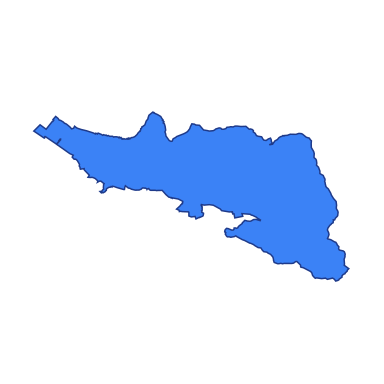 outline of Cracaoani, Neamt, Romania, rotated 185°
{"feature_id": "2599482B97908448489139", "entity_name": "Cracaoani", "entity_type": "district", "adm_level": 2, "iso_a3": "ROU", "parent_name": "Romania", "parent_adm1": "Neamt", "projection": "robinson", "projection_center": [26.231, 47.104], "detail": "fine", "context": "isolated", "style": "filled", "palette": "blue", "viewbox_px": 384, "rotation_deg": 185, "n_neighbors": 0, "source": "geoboundaries", "source_scale": "gbopen_adm2", "svg_char_len": 6046}
<svg xmlns="http://www.w3.org/2000/svg" viewBox="0 0 384 384"><g transform="rotate(185 192 192)"><path d="M88.2,259.7L90.6,259.7L93.4,258.5L99.2,258.1L101.9,256.8L104.9,256.3L105.3,255.8L106.3,256.2L107.3,255.3L108.7,254.8L110.1,253.7L111.5,251.7L113.9,250.1L115.9,246.6L118.5,245.9L118.6,246.1L116.9,247.0L116.5,248.0L117.5,249.6L117.5,250.7L118.5,252.5L120.6,251.5L122.6,249.8L124.9,249.9L126.3,251.3L127.1,252.7L127.7,253.1L131.1,253.3L132.7,253.8L134.2,256.0L136.2,257.2L136.2,258.6L137.4,259.5L139.2,259.9L140.4,259.5L144.0,262.1L149.0,261.5L152.4,261.6L154.9,261.4L156.7,260.4L159.1,260.4L160.6,259.9L162.9,259.5L163.7,258.2L165.8,257.3L167.8,257.1L168.9,258.1L170.6,258.2L173.9,256.8L174.9,255.7L176.3,254.9L180.2,254.2L181.9,254.5L185.9,254.8L190.3,259.1L194.1,259.1L195.5,259.8L198.1,259.9L199.3,256.9L199.8,254.8L201.7,251.8L203.5,250.4L205.3,249.3L212.1,245.9L213.2,244.8L215.4,243.4L216.2,240.9L217.4,240.6L219.2,241.3L222.8,245.5L223.4,247.9L224.2,249.5L223.6,251.3L224.5,255.1L225.5,257.6L226.7,258.3L226.0,259.4L226.5,260.0L227.6,260.6L227.1,261.2L228.4,262.6L229.7,264.5L233.0,266.1L236.8,267.4L237.2,267.6L237.0,267.9L238.0,268.2L241.6,264.7L242.3,261.7L242.2,261.1L243.8,258.7L244.8,254.8L246.6,253.1L247.5,252.7L247.5,252.2L248.0,251.0L248.6,250.6L248.5,249.4L249.0,248.7L248.9,248.0L249.1,247.8L249.5,247.8L250.9,246.1L251.7,244.5L253.8,242.2L255.8,241.1L256.6,241.1L257.9,240.3L258.4,240.3L258.3,239.7L259.9,239.1L260.2,239.2L259.9,240.0L260.0,240.2L260.4,240.1L260.9,239.1L261.6,239.4L261.7,239.1L263.3,238.8L263.8,239.1L264.9,238.8L265.3,239.1L265.6,238.6L266.3,238.7L266.2,238.9L266.5,239.1L267.4,240.1L268.0,239.7L269.0,240.4L269.5,240.3L269.6,239.7L270.0,240.1L271.6,240.4L273.7,240.3L274.8,239.9L276.0,240.6L278.9,240.3L280.4,241.0L281.4,240.5L282.4,241.2L282.9,240.9L283.7,241.2L284.5,241.1L285.0,241.4L285.9,240.7L287.1,241.4L290.7,242.5L291.3,241.5L292.9,242.2L293.3,241.4L295.4,242.2L302.4,243.8L307.8,244.6L311.2,245.4L312.6,245.9L314.7,247.3L315.5,245.2L317.4,244.4L319.2,246.1L322.5,248.4L323.8,249.1L324.9,249.3L326.3,250.5L329.2,251.9L330.5,252.0L331.8,253.6L334.4,255.4L336.8,252.1L336.0,251.5L336.8,250.2L337.2,250.3L342.8,241.8L349.2,245.7L354.9,238.9L343.9,232.8L343.5,233.1L343.5,234.3L343.3,234.5L342.9,234.4L331.2,227.9L328.6,231.5L329.0,231.7L327.9,233.3L327.5,233.2L327.8,232.5L327.6,232.3L331.0,227.7L317.1,219.6L313.5,218.3L314.4,216.3L312.3,214.4L310.6,214.5L309.1,213.4L306.5,209.8L306.6,208.0L305.8,207.0L305.4,205.8L305.5,205.3L305.2,205.0L301.5,205.9L301.5,205.0L300.7,204.1L295.8,199.8L296.9,197.6L294.5,197.6L292.8,197.9L291.6,197.7L289.6,197.0L287.0,195.0L286.8,194.2L287.0,193.5L285.2,194.7L284.3,194.9L283.0,194.6L282.3,193.8L280.3,192.7L280.9,191.2L280.7,191.4L280.7,188.8L280.3,187.0L281.2,186.3L282.0,184.9L283.7,184.5L282.2,183.2L281.2,183.8L280.6,183.4L278.5,184.8L278.0,185.8L277.5,186.1L277.5,187.5L276.9,188.2L275.0,189.5L273.7,189.7L273.1,190.5L272.1,189.9L271.6,190.8L269.8,190.6L267.3,189.9L260.2,188.5L259.5,188.6L259.4,190.6L258.9,192.4L255.8,190.4L254.1,190.2L252.6,189.5L248.7,188.9L244.6,189.4L243.8,190.0L243.0,190.2L242.0,191.4L241.4,191.8L239.6,191.7L239.1,191.9L237.4,191.3L237.2,190.9L237.1,191.3L236.2,191.2L235.4,191.7L235.0,191.1L234.1,190.3L233.4,190.1L228.8,190.5L227.1,190.3L226.9,190.5L221.8,191.0L217.7,187.1L214.7,184.9L212.7,184.6L212.3,184.2L211.8,184.6L211.1,184.0L210.9,184.4L205.0,183.8L200.4,181.9L200.4,180.5L200.9,179.9L200.6,179.5L202.0,178.3L202.7,177.1L205.9,173.6L203.2,172.7L202.9,171.4L201.6,171.8L200.3,171.6L193.7,171.9L193.3,171.1L193.0,167.8L190.5,167.1L186.8,167.9L185.7,165.5L182.5,167.4L182.3,167.2L179.2,168.9L178.9,169.3L178.6,171.2L178.7,171.9L180.5,172.6L180.4,173.5L180.8,174.2L180.3,174.6L180.4,176.2L180.6,176.4L180.5,176.7L180.6,177.1L180.5,177.4L180.6,177.6L180.5,178.0L181.1,178.3L181.0,179.0L181.8,179.7L181.7,180.2L182.2,180.4L178.7,180.0L173.7,180.9L169.6,180.7L162.3,177.5L160.9,176.0L153.2,175.4L150.1,175.8L149.8,175.4L150.1,174.8L149.6,174.3L149.5,173.7L148.3,173.9L147.1,169.9L139.3,172.2L140.3,174.8L132.1,174.9L131.0,174.2L129.6,174.0L125.7,172.5L124.8,171.8L121.4,170.1L121.6,169.4L125.9,170.3L128.3,169.9L130.4,168.4L131.6,167.9L134.3,167.9L136.9,168.4L137.7,167.5L137.7,167.2L139.1,165.9L139.2,165.0L142.1,162.4L142.9,161.4L143.2,160.4L144.4,159.7L145.7,160.0L146.9,159.8L147.0,158.3L147.7,157.7L149.0,157.5L152.8,158.7L154.4,158.8L155.6,157.4L156.0,155.8L155.6,155.4L155.8,155.0L155.6,154.8L154.8,154.4L155.2,153.0L153.7,151.0L152.9,150.4L151.1,150.6L149.4,150.3L145.8,151.3L144.7,152.1L144.3,152.0L143.6,151.5L137.7,148.9L135.4,148.3L130.1,146.1L129.0,146.0L126.2,145.0L124.8,144.1L121.3,142.4L118.5,142.3L116.9,140.2L115.3,138.8L112.1,138.6L110.9,137.7L108.2,136.7L106.8,135.2L106.3,135.0L105.5,133.7L104.9,131.7L104.9,131.2L104.0,129.0L100.4,128.0L99.3,128.1L97.3,128.7L95.6,128.4L93.9,128.9L86.4,129.5L84.6,130.0L82.7,131.7L81.5,131.9L77.5,128.7L77.3,127.2L77.0,126.6L74.6,126.3L66.8,123.1L65.5,121.7L64.7,119.6L63.7,118.4L61.7,116.8L60.4,117.3L55.3,117.0L51.5,117.8L49.5,116.8L44.4,118.5L42.6,117.5L41.1,115.8L39.0,116.6L38.0,117.3L37.8,118.0L35.1,120.3L35.3,121.5L34.2,123.0L32.4,124.0L32.4,124.6L30.5,126.7L30.5,127.6L29.1,129.3L34.0,132.3L33.8,133.5L34.6,138.3L33.9,140.9L34.2,141.7L34.0,142.3L34.0,143.5L35.0,145.7L36.3,146.5L40.1,147.0L41.0,148.2L40.9,150.3L42.6,151.8L43.2,153.0L44.4,154.5L45.6,154.7L49.6,156.6L52.7,157.1L53.0,157.4L52.3,159.4L51.8,161.6L52.4,163.5L53.8,165.9L53.5,167.8L51.8,170.8L50.7,171.8L50.2,172.7L48.7,173.7L48.8,175.1L48.5,176.1L48.7,176.6L47.5,176.6L46.8,178.5L45.2,180.4L44.8,181.1L44.7,184.5L45.1,185.7L46.7,187.9L46.9,189.6L46.8,191.3L47.6,195.1L50.5,197.9L52.9,201.1L53.7,202.9L56.5,207.0L58.2,208.2L59.3,209.4L59.4,210.4L59.8,211.1L60.3,213.2L60.8,214.1L60.5,215.6L61.0,217.2L61.4,217.4L62.7,219.9L66.2,221.5L66.4,224.0L68.2,227.8L70.3,229.5L70.2,231.6L70.9,234.6L71.6,235.6L73.3,236.8L73.5,237.3L73.6,241.0L74.3,242.9L77.0,246.7L77.5,250.8L77.5,253.4L78.7,254.4L79.8,255.9L82.9,256.5L87.0,259.3L88.2,259.7Z" fill="#3b82f6" stroke="#1e3a8a" stroke-width="1.5"/></g></svg>